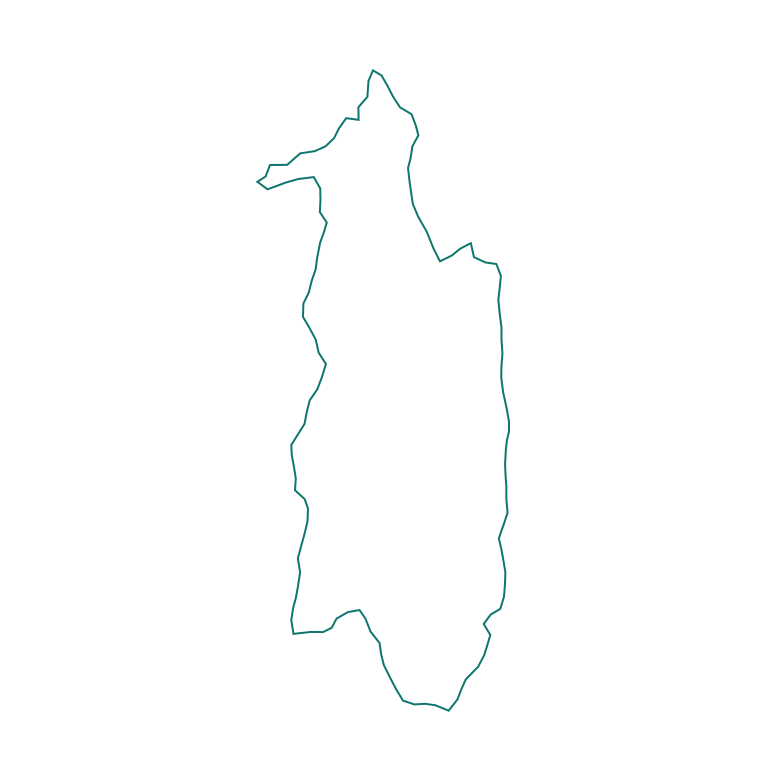 outline of Conceição das Pedras, Minas Gerais, Brazil, rotated 291°
{"feature_id": "56859067B3720188207773", "entity_name": "Conceição das Pedras", "entity_type": "district", "adm_level": 2, "iso_a3": "BRA", "parent_name": "Brazil", "parent_adm1": "Minas Gerais", "projection": "mercator", "projection_center": [-45.418, -22.139], "detail": "fine", "context": "isolated", "style": "outline", "palette": "teal", "viewbox_px": 768, "rotation_deg": 291, "n_neighbors": 0, "source": "geoboundaries", "source_scale": "gbopen_adm2", "svg_char_len": 1808}
<svg xmlns="http://www.w3.org/2000/svg" viewBox="0 0 768 768"><g transform="rotate(291 384 384)"><path d="M633.2,260.9L621.5,265.6L618.6,253.4L606.1,250.3L595.8,249.3L585.0,244.3L576.6,236.0L569.3,223.1L553.9,215.1L547.6,199.1L535.3,199.1L527.4,193.3L524.0,205.5L536.6,219.8L544.7,230.6L552.0,244.3L543.7,254.4L532.8,258.8L521.5,262.5L514.2,272.7L504.2,273.5L493.2,273.7L478.7,276.2L466.4,279.1L454.5,279.5L442.2,281.0L430.3,279.9L417.6,284.3L410.1,293.8L400.7,304.6L389.8,311.8L381.9,322.6L368.6,323.6L355.0,323.6L342.1,320.5L329.7,322.0L318.3,324.1L305.7,321.6L293.8,319.3L284.9,323.2L274.6,329.5L264.2,335.5L252.9,339.0L248.1,351.2L240.6,357.6L228.3,361.8L216.4,363.4L205.6,364.5L190.3,366.1L178.0,373.2L163.8,376.3L152.5,378.4L142.5,379.4L130.2,382.1L118.3,389.1L126.3,404.5L130.6,416.1L137.7,422.5L148.0,423.8L158.2,432.1L164.2,442.2L158.2,450.9L148.0,460.2L140.6,472.7L131.1,477.9L121.4,484.7L111.9,495.1L103.5,504.6L95.2,515.2L95.8,527.4L100.2,537.0L102.5,547.1L102.2,561.4L115.8,565.6L126.3,565.6L137.5,566.2L153.8,573.2L166.7,574.7L176.5,574.1L187.8,573.2L195.7,563.1L207.0,566.2L215.8,573.2L228.7,572.2L241.0,568.5L251.9,564.7L260.2,559.8L270.7,553.5L281.1,546.5L295.3,546.1L308.0,545.5L321.0,539.2L332.4,534.9L341.6,530.5L352.5,525.8L365.4,521.6L375.6,518.9L384.6,517.7L393.8,514.1L405.1,507.3L419.3,498.0L432.2,491.1L442.2,487.4L454.8,483.7L467.3,477.9L478.7,473.5L491.3,466.7L503.8,460.5L515.1,457.6L526.8,454.4L536.3,445.9L533.8,435.0L534.7,422.5L546.6,414.6L537.6,406.6L528.4,401.4L518.6,392.3L528.4,381.5L541.6,369.2L552.4,356.0L562.4,346.4L571.8,341.1L583.1,334.8L594.4,329.0L603.8,328.0L616.1,325.3L628.4,327.0L636.3,321.4L645.7,313.1L648.0,299.8L655.9,289.0L663.9,280.1L671.2,271.0L672.8,261.3L661.4,260.9L646.1,265.6L633.2,260.9Z" fill="none" stroke="#0f766e" stroke-width="2"/></g></svg>